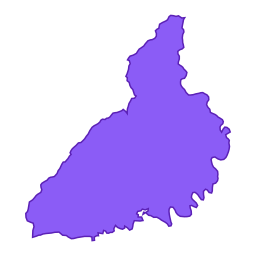 outline of Ribeirãozinho, Mato Grosso, Brazil
{"feature_id": "56859067B204587652476", "entity_name": "Ribeirãozinho", "entity_type": "district", "adm_level": 2, "iso_a3": "BRA", "parent_name": "Brazil", "parent_adm1": "Mato Grosso", "projection": "natural_earth1", "projection_center": [-52.747, -16.459], "detail": "fine", "context": "isolated", "style": "filled", "palette": "violet", "viewbox_px": 256, "rotation_deg": 0, "n_neighbors": 0, "source": "geoboundaries", "source_scale": "gbopen_adm2", "svg_char_len": 4051}
<svg xmlns="http://www.w3.org/2000/svg" viewBox="0 0 256 256"><path d="M145.6,212.6L147.3,214.1L148.7,215.3L150.8,215.6L153.7,217.3L156.8,217.2L159.4,218.6L161.4,220.1L163.4,221.2L165.5,222.4L167.4,223.9L168.8,226.2L171.0,225.8L171.7,223.9L170.9,222.0L169.9,217.5L169.3,214.4L169.0,211.6L169.1,209.2L170.4,207.0L173.1,207.3L175.1,210.2L176.0,212.5L177.6,214.6L180.2,216.3L184.5,216.7L187.2,216.6L189.8,216.1L191.4,214.3L191.2,211.0L190.2,207.9L189.9,205.8L191.6,205.4L193.7,206.5L196.3,207.5L197.6,205.5L196.3,203.0L194.4,201.2L192.3,199.2L191.4,197.4L191.7,195.2L192.8,192.6L194.9,192.3L196.6,193.5L198.0,194.9L199.3,196.9L201.3,199.6L203.3,199.9L204.0,197.7L203.5,194.4L203.5,191.3L205.5,189.2L207.3,190.0L209.1,192.5L211.6,193.0L212.3,191.0L212.4,187.4L212.9,184.0L215.7,183.1L217.5,180.8L218.0,178.4L217.6,176.5L217.9,174.3L217.6,171.3L215.5,168.8L213.5,167.1L212.3,164.8L211.6,162.2L211.1,159.4L212.2,157.5L215.0,157.0L217.9,158.9L220.7,159.9L223.8,159.4L225.9,157.5L227.1,155.2L228.4,151.8L229.1,149.2L229.5,146.4L228.9,142.9L229.3,140.3L228.0,138.7L226.5,137.6L225.7,134.7L228.0,133.3L230.2,132.0L229.2,129.2L226.9,127.4L224.8,127.1L223.2,129.0L221.6,132.2L220.2,130.0L220.0,127.1L220.9,125.3L222.8,123.7L223.3,121.6L222.4,119.7L220.1,118.2L218.1,117.1L216.6,115.5L214.9,114.4L212.3,113.3L210.4,112.4L209.8,109.3L208.0,107.4L206.6,104.8L207.2,102.0L208.8,99.8L208.6,96.9L206.9,94.8L205.0,93.9L202.8,92.6L201.0,92.7L198.9,93.3L195.8,93.9L193.1,94.7L190.7,95.0L188.6,95.0L186.1,92.5L184.5,89.5L182.6,87.7L181.4,86.1L180.6,84.3L180.5,82.0L180.9,79.7L182.4,78.7L184.5,78.3L186.2,75.6L186.9,72.4L185.5,70.6L183.9,69.1L182.8,67.3L181.4,66.1L179.7,65.1L178.2,63.9L178.4,61.8L179.3,59.1L179.3,56.1L178.0,54.0L177.8,51.4L179.7,49.8L182.2,48.9L183.8,47.4L183.3,44.8L182.7,42.5L182.6,40.2L182.3,37.8L182.7,34.5L183.9,32.0L183.6,29.8L182.0,27.9L182.5,24.9L183.0,22.5L183.5,19.7L184.7,17.7L181.9,18.0L180.4,17.1L178.5,15.8L176.0,16.4L173.5,15.7L170.7,15.4L169.1,16.6L167.6,19.7L165.8,21.0L162.5,22.5L159.6,24.2L158.8,28.3L156.9,29.3L155.4,30.8L156.4,33.5L156.3,36.3L154.7,38.4L152.3,39.6L150.3,39.9L147.9,40.8L145.3,43.8L143.8,46.0L140.8,48.1L139.2,49.1L137.8,51.1L136.4,53.4L133.3,55.1L130.1,56.1L128.6,58.0L127.5,59.9L129.3,60.6L130.2,63.6L128.9,66.0L128.5,69.4L127.1,73.8L125.9,76.4L127.3,77.6L127.1,80.7L129.2,82.4L129.9,85.3L131.0,87.6L132.8,89.5L133.5,91.7L134.5,94.9L136.1,96.0L134.6,98.2L131.7,98.5L130.6,100.8L129.0,103.5L128.2,106.6L127.5,108.6L127.2,110.7L127.2,113.5L125.6,111.4L123.2,109.4L121.8,110.7L119.5,111.6L117.0,112.5L115.2,112.7L113.0,113.1L111.2,115.3L110.0,116.9L108.4,118.0L106.5,118.3L105.1,119.5L102.4,119.2L100.8,120.3L99.9,122.0L98.1,123.6L96.2,124.7L94.2,125.7L92.1,127.3L89.8,130.7L88.2,134.0L86.3,136.3L84.7,138.8L83.0,140.6L81.0,142.5L78.4,142.9L76.0,145.5L73.8,147.4L72.3,148.8L71.0,150.7L70.1,152.8L71.1,154.4L69.4,156.2L68.0,158.6L66.4,160.4L65.2,161.9L63.2,162.1L61.8,164.3L60.7,166.7L59.8,168.6L58.2,170.6L57.1,173.5L54.4,176.5L52.4,177.0L50.4,177.3L48.8,178.1L47.1,180.2L44.2,181.8L41.9,183.3L40.8,184.9L41.0,187.2L41.8,189.8L40.8,192.4L37.5,194.4L36.1,195.6L34.6,197.6L32.7,199.8L29.4,202.0L28.2,209.2L27.5,211.5L25.8,213.4L26.0,217.4L27.3,220.8L30.7,222.3L33.2,223.2L34.0,226.7L32.9,230.4L32.7,234.4L32.6,237.3L36.5,236.1L38.6,235.2L40.4,235.1L43.0,234.0L46.0,233.5L51.4,233.0L54.7,232.3L59.0,232.1L62.6,235.2L66.4,235.5L68.1,236.9L71.4,238.7L73.7,238.5L77.5,237.5L84.5,236.4L86.2,236.4L89.8,236.4L91.9,237.0L92.1,240.6L94.5,240.3L94.2,237.1L96.7,235.7L98.5,235.7L98.1,232.8L101.0,233.4L102.8,233.6L103.6,230.4L105.6,231.1L106.8,233.1L108.6,233.2L110.3,232.4L112.2,232.4L114.2,230.9L113.8,228.8L115.5,225.4L117.5,227.4L120.2,228.6L122.5,229.2L124.6,228.1L124.7,226.1L127.3,227.7L129.6,230.1L132.2,228.9L132.8,226.2L133.1,223.9L134.3,220.7L137.3,220.8L140.1,221.0L143.0,220.5L141.6,217.0L138.1,217.0L138.3,214.7L136.6,213.8L137.7,211.4L140.9,210.8L142.3,209.1L145.2,209.9L148.3,208.6L148.1,210.9L145.6,212.6ZM145.6,212.6L143.6,212.2L143.0,214.3L145.6,212.6Z" fill="#8b5cf6" stroke="#5b21b6" stroke-width="1.5"/></svg>